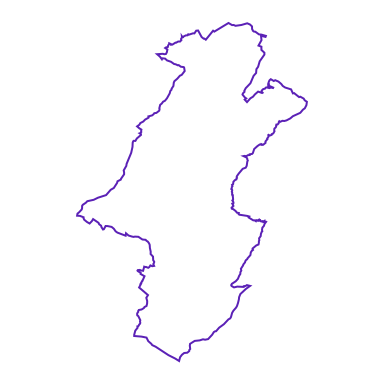 Danicei, Vâlcea, Romania
{"feature_id": "2599482B8342950914152", "entity_name": "Danicei", "entity_type": "district", "adm_level": 2, "iso_a3": "ROU", "parent_name": "Romania", "parent_adm1": "Vâlcea", "projection": "robinson", "projection_center": [24.445, 44.911], "detail": "fine", "context": "isolated", "style": "outline", "palette": "violet", "viewbox_px": 384, "rotation_deg": 0, "n_neighbors": 0, "source": "geoboundaries", "source_scale": "gbopen_adm2", "svg_char_len": 5954}
<svg xmlns="http://www.w3.org/2000/svg" viewBox="0 0 384 384"><path d="M179.1,361.0L180.1,357.2L182.0,354.7L184.2,353.0L187.3,352.7L189.2,351.1L189.3,350.0L190.2,349.0L189.8,345.7L190.1,343.8L194.7,340.9L199.6,340.4L203.0,339.3L205.1,339.7L208.1,339.1L212.2,334.7L213.8,332.1L215.1,331.3L216.1,331.2L219.1,327.7L223.9,324.2L228.4,319.4L230.2,318.4L231.0,317.0L232.1,312.9L233.4,310.7L236.1,307.6L237.0,306.0L238.0,303.0L238.9,299.3L239.1,297.2L240.4,294.0L245.9,288.9L250.1,285.9L246.9,285.1L245.7,285.9L243.8,286.2L243.7,286.9L237.3,286.6L234.0,287.4L231.6,286.0L231.2,285.1L231.9,283.8L235.7,281.3L237.9,278.9L239.2,275.7L240.3,274.0L240.4,272.1L241.3,270.6L240.9,268.8L243.1,265.4L243.3,264.5L245.0,262.4L245.3,261.2L246.0,260.1L247.2,259.2L247.5,258.4L250.4,255.1L250.8,252.4L251.8,250.8L253.0,249.9L252.5,249.0L252.6,248.5L256.3,245.4L258.5,244.5L258.9,242.7L258.9,241.1L259.3,240.3L259.1,238.3L260.7,236.1L260.9,234.0L261.6,232.0L262.3,231.3L262.0,229.9L262.4,227.6L263.9,225.9L264.6,223.8L266.1,221.8L265.5,221.5L263.9,221.9L264.1,221.0L263.3,221.4L262.6,221.2L262.6,221.7L260.8,221.3L260.2,221.0L260.1,220.2L259.3,220.4L259.1,219.6L258.2,220.0L257.9,220.8L256.3,220.2L255.9,221.2L254.5,220.3L253.2,220.3L248.7,217.5L249.3,216.5L247.1,215.9L239.3,214.7L238.6,214.0L238.8,213.0L237.0,212.7L235.6,211.0L233.3,209.2L231.8,208.7L231.6,208.0L231.6,207.7L232.4,207.4L232.5,206.6L233.4,205.9L232.3,203.7L233.3,203.5L233.5,202.9L233.2,201.7L232.8,201.3L232.9,200.8L232.4,200.4L233.1,199.4L232.8,195.9L232.5,195.6L232.8,195.1L232.1,194.4L232.2,192.6L231.8,191.8L232.2,190.6L232.1,189.8L231.3,189.0L231.8,188.2L231.8,187.1L232.5,186.1L232.0,184.9L233.1,184.1L233.4,181.8L234.8,180.2L236.4,179.4L236.4,178.7L237.0,177.9L236.6,177.1L237.0,176.0L238.7,173.6L242.7,168.8L245.7,167.7L246.7,165.8L247.3,161.6L247.8,160.5L247.3,159.5L247.2,158.5L246.5,157.5L243.5,156.1L244.5,155.9L246.3,156.2L247.9,155.2L249.7,155.0L249.7,154.3L252.1,153.9L252.9,153.0L254.2,149.0L257.4,146.1L259.7,144.5L260.6,144.6L261.1,144.0L262.0,144.4L262.1,144.9L263.1,144.8L265.5,142.9L265.5,141.4L267.5,139.0L267.2,138.5L268.6,136.5L268.6,135.7L267.9,134.4L269.4,135.4L270.4,135.4L271.7,134.8L271.8,134.1L272.7,133.8L273.4,133.2L274.5,131.2L274.2,130.2L274.4,128.6L275.8,127.3L276.2,126.2L276.1,125.4L276.4,124.5L277.5,124.5L278.6,123.4L278.8,122.0L279.3,121.2L280.2,121.8L282.4,120.8L284.3,121.0L286.5,120.4L290.3,118.4L292.9,116.2L300.3,112.8L302.9,109.7L304.8,108.3L306.4,105.2L306.9,101.8L304.7,100.3L303.7,98.6L300.3,96.7L299.1,97.1L294.1,93.1L292.9,93.4L291.1,89.4L285.1,87.5L282.7,85.9L281.3,84.0L278.5,81.6L275.2,80.2L273.8,81.0L270.8,79.2L269.7,80.1L269.0,81.3L268.3,83.5L268.7,83.8L268.2,84.7L268.8,84.9L268.3,86.1L269.3,85.9L273.2,87.6L273.0,88.0L271.0,87.5L269.4,88.1L266.7,87.4L265.8,87.6L264.9,88.7L263.2,89.1L261.7,90.6L261.5,91.4L262.6,92.7L262.1,93.0L258.1,91.6L254.9,94.4L253.0,96.7L250.4,98.3L247.0,102.1L244.7,99.6L246.2,98.4L245.0,97.6L242.5,94.6L242.9,93.4L244.5,91.8L244.3,90.9L245.7,88.2L250.4,83.3L253.6,75.8L256.1,73.0L256.4,69.2L258.1,66.8L259.7,61.3L264.4,54.6L264.4,52.7L261.4,49.9L261.4,46.7L258.5,45.6L261.5,40.1L261.0,35.8L265.5,36.9L265.9,35.9L261.4,34.6L259.0,34.4L255.3,31.7L254.0,31.6L252.8,30.7L252.6,29.9L252.1,29.1L252.0,26.4L250.0,24.5L247.2,23.3L241.3,25.0L235.5,25.8L233.7,25.0L232.1,25.1L228.5,23.0L214.3,31.6L213.1,30.7L205.8,39.7L204.4,38.6L203.7,38.7L201.6,37.0L198.1,30.5L196.2,30.7L194.4,33.4L193.1,33.3L188.8,34.7L188.2,34.3L187.5,35.3L185.8,35.4L183.4,36.6L183.1,37.2L182.6,37.3L181.9,36.3L182.0,37.3L181.0,39.1L181.4,40.1L180.1,41.5L178.2,41.5L176.1,42.7L175.5,42.6L172.4,44.6L171.3,44.7L171.4,44.3L169.2,43.3L169.1,44.2L168.2,45.3L167.8,47.0L166.0,47.4L165.2,48.0L167.4,49.5L166.8,52.4L165.9,54.0L164.2,54.2L162.9,53.8L157.1,54.2L159.8,56.5L161.9,59.3L162.4,58.3L165.1,58.6L167.0,60.4L171.0,61.8L174.1,64.0L175.7,64.3L177.8,65.3L178.7,65.1L180.8,66.7L183.7,67.1L184.1,67.5L184.7,71.0L181.7,74.9L179.9,75.7L177.3,78.7L174.4,81.2L173.8,82.6L173.4,86.0L171.6,88.7L171.5,89.7L170.3,91.0L169.7,93.4L166.9,98.4L164.9,100.8L163.1,101.7L161.7,103.6L160.2,104.8L159.3,108.3L159.6,109.0L159.2,110.7L156.4,112.9L154.3,113.2L153.5,114.3L152.1,115.4L148.4,116.4L148.7,117.3L148.5,117.7L145.1,119.6L143.3,121.5L140.3,123.1L139.4,124.7L137.1,126.4L139.3,128.3L141.4,129.6L141.1,131.1L141.3,132.0L140.5,133.0L139.7,133.3L140.9,134.1L141.0,134.9L136.8,138.5L135.4,140.9L133.7,140.8L133.2,141.3L132.7,142.6L132.5,146.9L131.2,152.8L126.6,163.9L126.3,165.9L123.7,170.4L124.1,172.4L124.1,174.3L121.0,178.8L120.8,179.6L117.5,181.3L117.1,182.9L113.8,188.0L110.7,189.8L106.1,195.1L98.0,197.7L93.7,199.8L87.3,201.2L85.9,202.7L82.8,204.8L82.1,205.9L82.1,208.1L81.7,209.5L79.1,212.3L77.5,213.6L77.1,215.7L80.0,215.9L83.6,217.3L83.5,218.1L84.2,219.7L87.0,222.0L89.6,223.5L91.9,221.1L93.1,219.1L98.5,222.8L99.2,224.3L101.1,225.7L101.5,227.2L103.0,229.5L103.9,229.2L105.6,226.0L107.7,226.1L111.6,226.9L113.8,228.7L115.6,231.3L117.4,232.6L125.6,235.7L126.0,233.3L128.5,235.5L132.1,236.6L133.7,236.9L134.9,236.6L138.4,236.8L142.4,239.5L145.6,239.8L146.5,240.8L147.8,241.6L149.1,243.4L149.7,244.9L149.9,248.0L150.7,251.7L150.6,254.0L153.0,256.6L153.2,260.2L154.2,261.7L154.1,262.6L153.3,264.1L154.1,265.9L152.2,266.2L150.4,265.4L149.3,267.1L148.2,267.8L145.9,266.9L145.0,267.1L144.2,266.7L143.1,270.8L141.0,270.5L139.8,269.9L139.0,270.1L138.0,270.0L137.5,270.5L137.7,271.0L140.7,272.9L140.6,274.0L144.5,276.2L142.4,281.0L142.2,280.9L140.6,283.8L141.0,283.9L139.1,287.5L148.0,295.1L146.3,297.8L147.2,301.0L147.1,303.6L146.5,306.0L144.5,307.0L144.0,307.9L142.6,308.9L141.5,309.5L138.8,310.0L138.2,311.0L138.2,311.9L137.5,312.8L137.1,313.9L137.3,315.4L138.3,316.1L140.3,320.2L140.0,321.5L140.3,322.9L139.9,323.9L139.2,324.5L138.7,325.6L138.1,326.3L137.4,326.4L137.5,327.9L135.3,330.6L134.2,334.8L134.2,336.0L141.5,336.6L146.5,337.6L148.3,341.2L151.3,343.8L152.2,345.1L155.6,346.7L168.4,355.1L175.1,358.5L179.1,361.0Z" fill="none" stroke="#5b21b6" stroke-width="2"/></svg>